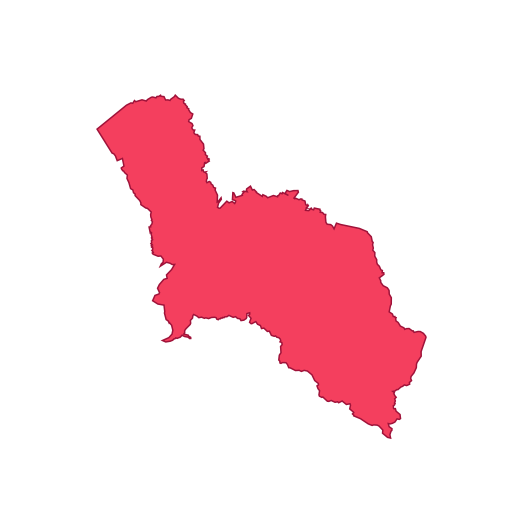 Huanusco, Zacatecas, Mexico (orthographic projection), rotated 202°
{"feature_id": "50627088B4993254330501", "entity_name": "Huanusco", "entity_type": "district", "adm_level": 2, "iso_a3": "MEX", "parent_name": "Mexico", "parent_adm1": "Zacatecas", "projection": "orthographic", "projection_center": [-102.931, 21.768], "detail": "fine", "context": "isolated", "style": "filled", "palette": "rose", "viewbox_px": 512, "rotation_deg": 202, "n_neighbors": 0, "source": "geoboundaries", "source_scale": "gbopen_adm2", "svg_char_len": 6101}
<svg xmlns="http://www.w3.org/2000/svg" viewBox="0 0 512 512"><g transform="rotate(202 256 256)"><path d="M311.1,142.6L307.5,142.5L303.7,144.8L301.7,146.7L301.0,148.4L300.2,148.8L299.7,150.0L298.3,150.1L295.8,152.4L294.9,154.8L292.1,154.6L288.6,155.3L286.5,154.6L285.6,155.1L286.1,156.1L288.5,156.5L289.2,157.2L293.7,156.6L293.4,158.2L294.2,160.1L293.7,162.3L291.4,167.8L291.4,169.2L292.7,171.7L291.6,174.6L292.2,177.1L291.9,178.4L288.4,178.2L285.9,177.4L283.6,178.9L280.5,178.9L279.4,179.9L276.5,180.2L274.3,182.3L271.4,183.7L269.9,183.9L268.6,182.7L267.1,182.8L266.6,184.0L265.4,184.5L265.2,185.5L264.1,185.7L263.8,186.6L262.6,186.8L262.3,187.8L260.1,188.9L258.9,190.8L254.2,190.6L252.2,192.1L249.7,191.2L247.5,191.8L245.7,190.5L243.2,192.0L241.7,194.3L241.6,195.5L242.9,199.2L240.6,201.0L240.0,199.8L240.6,198.1L237.3,196.4L237.1,192.1L235.2,191.4L234.5,191.7L231.6,195.1L229.0,193.3L225.9,193.2L223.7,190.8L221.7,192.1L217.2,190.3L215.4,191.3L212.0,188.2L209.0,188.4L207.9,189.2L206.3,188.5L204.2,188.8L202.5,188.1L201.4,186.8L201.6,185.4L199.7,185.5L198.6,183.6L199.3,181.3L196.6,175.7L197.2,172.8L196.9,171.6L195.9,168.1L194.5,167.4L193.7,165.8L192.7,165.8L191.5,167.1L188.3,168.3L186.2,167.2L183.8,164.7L182.5,165.1L176.5,164.6L173.1,166.2L170.7,166.0L168.5,168.0L165.2,168.6L159.6,166.8L154.9,162.5L150.5,161.2L149.8,159.9L150.8,158.4L148.8,156.2L146.6,154.9L145.6,150.8L144.7,149.8L142.0,149.6L141.2,150.3L135.5,148.1L134.0,148.5L132.2,150.2L127.9,150.0L125.7,151.4L124.4,150.9L121.8,153.8L116.6,152.2L113.5,154.2L112.5,153.1L111.8,149.3L107.2,147.8L106.7,147.4L107.4,145.7L105.6,145.0L105.5,144.4L98.2,144.3L89.1,142.4L84.9,142.4L83.6,143.5L80.2,144.6L78.2,144.4L73.2,142.1L72.3,139.1L66.1,137.1L63.0,137.6L64.9,140.4L65.2,144.1L64.7,145.2L65.2,146.8L68.6,147.6L70.6,150.2L68.7,150.6L66.8,152.0L65.0,154.1L64.2,157.8L61.9,158.2L61.1,159.4L63.1,163.0L68.0,164.6L69.6,166.7L70.7,166.0L71.5,166.4L72.6,168.7L71.8,169.7L71.8,171.4L72.5,171.5L72.5,173.8L73.9,175.5L73.1,177.5L75.0,178.5L76.6,180.1L76.6,181.2L78.4,181.7L76.7,182.7L75.4,184.9L74.4,185.2L72.5,188.9L71.2,190.1L70.2,192.0L67.8,192.3L65.5,194.7L66.4,196.2L65.1,198.7L66.7,200.4L67.1,202.4L65.8,206.7L65.5,212.5L66.7,215.9L66.8,217.7L65.3,225.0L67.1,229.2L67.9,244.2L68.6,245.2L71.8,247.0L75.4,247.5L77.5,246.7L80.8,244.4L82.2,245.5L82.9,245.1L86.9,246.1L89.5,244.9L90.6,243.7L91.9,244.8L95.9,245.1L99.3,247.6L101.8,248.2L103.0,250.1L103.0,251.3L104.1,251.2L104.6,251.9L106.0,251.3L107.8,253.3L111.6,254.1L112.7,260.0L112.6,262.1L114.9,268.0L118.2,270.6L119.6,273.7L120.6,274.6L122.4,275.7L127.0,276.1L130.5,278.3L131.1,279.8L133.5,281.9L130.5,286.9L131.3,288.3L132.8,287.7L133.4,289.9L135.1,290.0L137.8,292.7L140.4,293.8L141.8,295.5L142.7,297.8L145.8,300.3L147.1,303.7L149.9,305.1L150.2,307.3L152.1,310.0L152.5,312.5L153.6,312.9L156.3,317.0L161.3,319.3L162.0,320.2L170.5,320.3L189.3,316.9L193.7,316.6L193.8,310.4L196.3,312.4L198.5,313.1L201.9,312.1L203.8,313.4L206.3,318.3L206.9,320.6L208.5,320.1L210.6,321.2L212.8,320.6L212.9,322.0L213.7,322.1L214.2,323.3L219.9,322.3L219.9,320.4L221.6,320.2L222.7,321.1L223.9,319.5L223.4,319.2L224.1,317.8L227.2,316.9L227.2,319.2L226.4,319.6L227.3,319.8L226.3,322.2L227.1,322.8L227.1,322.2L229.1,322.2L231.2,325.3L234.4,325.3L234.8,326.0L236.0,325.6L237.2,324.3L240.8,324.4L241.4,323.6L242.5,323.9L240.6,331.0L241.6,332.4L245.6,330.7L249.0,328.3L251.9,328.4L252.6,324.8L248.6,324.3L255.2,324.8L255.2,323.5L257.1,323.5L257.7,320.6L258.4,320.0L258.2,319.0L262.5,318.6L267.0,314.4L268.9,315.2L272.6,315.4L272.5,313.6L279.5,315.0L279.5,315.5L282.7,316.9L284.1,315.8L287.3,318.7L289.8,314.7L289.5,313.4L288.2,312.3L291.8,311.5L292.3,310.7L291.1,310.7L292.0,307.8L291.4,307.1L296.6,302.9L300.3,306.2L301.2,306.1L299.0,299.5L295.6,299.6L295.2,298.7L295.4,296.7L298.5,297.6L300.9,295.2L303.6,295.9L307.2,286.9L308.1,286.4L309.9,286.7L310.5,291.0L309.4,295.6L310.2,296.9L311.4,292.6L312.2,291.5L314.5,298.0L318.6,301.8L319.0,303.8L321.0,303.7L322.5,305.4L324.7,306.1L325.6,307.3L327.3,307.6L328.9,305.6L329.9,306.4L330.5,308.5L330.3,309.7L332.3,313.7L334.4,314.4L334.0,315.2L335.3,314.4L336.3,314.6L337.3,316.0L338.3,315.0L339.3,317.3L337.7,319.5L338.6,323.2L338.2,323.7L337.3,323.1L334.9,326.5L336.0,327.3L335.7,328.3L336.3,328.6L336.9,327.7L338.6,329.2L338.5,330.4L340.9,331.0L341.5,332.8L344.6,334.3L344.5,336.1L346.6,340.1L351.6,343.0L352.9,346.0L354.4,345.6L355.6,346.7L357.7,346.0L359.2,346.5L359.9,347.4L360.0,349.8L361.3,349.3L362.9,350.1L363.6,351.1L363.3,353.3L364.9,354.8L368.8,355.4L369.1,357.3L367.5,359.4L367.8,364.0L370.5,364.4L373.3,366.4L373.5,367.3L375.6,367.6L375.7,368.7L378.3,369.8L378.3,370.4L380.3,370.7L381.3,372.5L380.8,373.2L382.3,374.1L384.5,373.2L387.0,373.2L391.1,374.9L391.4,373.2L393.8,369.3L394.0,368.0L396.0,367.8L398.3,366.8L401.0,369.3L404.0,368.5L404.7,369.3L405.9,367.6L407.6,366.8L408.0,365.2L411.4,364.7L412.5,364.0L415.2,360.4L415.8,358.6L420.2,358.1L425.3,354.0L426.9,354.6L427.5,351.4L429.3,351.1L432.6,347.3L450.9,314.1L428.0,297.5L426.2,297.5L423.9,296.2L420.4,292.4L416.4,296.4L412.1,289.9L413.9,287.2L413.5,286.5L411.5,285.1L410.5,285.2L409.1,284.1L405.6,282.9L404.7,279.6L401.3,276.4L397.5,271.5L394.9,271.1L393.3,268.8L391.2,268.1L390.7,266.7L384.6,263.9L382.7,262.2L382.0,260.5L376.2,259.2L374.5,259.5L369.6,257.5L369.2,254.9L368.1,252.8L366.2,250.8L366.4,249.9L364.9,249.0L364.5,246.7L365.1,244.4L364.6,243.6L366.0,242.8L362.9,238.1L362.7,238.8L361.5,238.3L361.5,237.1L359.7,234.8L359.8,234.1L358.9,233.8L359.2,232.9L358.0,232.3L358.7,231.0L357.7,229.2L358.1,228.2L356.7,227.7L357.2,227.2L356.9,226.2L355.7,226.3L356.0,225.1L354.8,224.9L354.1,222.7L354.6,222.2L352.6,220.9L353.3,219.9L352.0,219.1L346.7,219.1L344.2,220.4L340.7,218.4L339.8,215.3L340.8,213.4L340.9,210.7L336.7,216.6L333.1,217.1L330.4,216.7L328.3,217.7L329.2,211.7L331.9,204.9L330.0,202.0L332.7,199.8L334.9,193.4L335.2,189.2L331.7,185.9L331.8,184.4L334.9,181.6L335.1,175.8L329.0,174.7L322.9,176.0L319.8,170.3L319.5,168.8L315.5,163.4L313.1,162.9L311.5,161.4L311.4,161.8L308.3,160.2L305.3,156.0L304.6,152.1L306.2,147.7L311.1,142.6Z" fill="#f43f5e" stroke="#9f1239" stroke-width="1.5"/></g></svg>